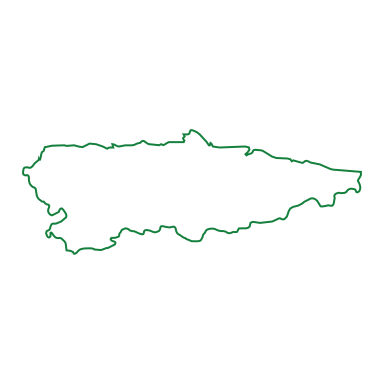 outline of Asturias
{"feature_id": "ESP-5805", "entity_name": "Asturias", "entity_type": "Autonomous Community", "adm_level": 1, "iso_a3": "ESP", "parent_name": "Spain", "parent_adm1": "", "projection": "natural_earth1", "projection_center": [-6.051, 43.278], "detail": "fine", "context": "isolated", "style": "outline", "palette": "green", "viewbox_px": 384, "rotation_deg": 0, "n_neighbors": 0, "source": "natural_earth", "source_scale": "10m", "svg_char_len": 4648}
<svg xmlns="http://www.w3.org/2000/svg" viewBox="0 0 384 384"><path d="M38.9,158.9L39.2,159.7L39.3,159.7L40.0,159.7L40.8,157.0L41.2,154.4L41.9,152.2L43.6,151.0L44.8,147.2L52.1,145.7L64.5,145.3L66.5,145.9L74.1,145.3L79.3,146.7L82.6,147.1L89.6,143.6L96.0,144.2L102.5,146.4L107.2,148.7L108.5,147.8L109.9,147.5L113.2,147.5L112.9,146.7L112.6,144.9L112.4,144.2L114.1,144.5L117.1,146.1L118.9,146.5L125.5,145.3L132.0,145.3L133.9,145.0L137.2,143.5L140.2,142.8L141.0,142.0L141.9,141.2L143.7,140.9L147.7,143.7L149.3,144.2L159.2,145.2L161.2,144.2L163.2,145.1L165.1,144.3L167.0,143.0L169.0,142.1L183.7,142.1L184.4,140.7L183.5,139.5L183.0,138.2L184.6,136.5L184.3,136.0L184.0,134.8L183.7,134.4L187.8,134.4L189.3,133.6L189.9,131.7L190.7,130.2L192.7,130.3L196.9,132.2L199.6,134.3L206.6,141.9L208.9,145.3L209.8,145.3L210.5,143.0L211.4,143.7L212.9,146.5L219.5,147.5L245.1,146.5L248.9,147.4L249.4,149.7L247.7,152.2L245.5,154.2L246.4,155.3L247.7,154.5L250.4,153.7L251.7,153.1L252.6,152.0L253.0,151.0L253.7,150.1L255.5,149.8L260.9,150.3L262.9,150.9L272.1,156.6L276.4,158.0L287.4,158.5L290.4,159.3L291.8,161.3L293.3,160.4L302.2,162.9L303.2,162.6L305.1,161.1L306.5,160.8L307.9,161.2L310.8,162.6L319.8,164.4L330.2,168.9L332.8,169.6L360.9,171.9L360.8,172.9L361.0,174.9L359.9,177.1L358.3,179.6L357.9,180.7L358.2,181.6L358.8,182.3L359.9,185.2L360.3,187.5L360.1,189.0L359.7,190.4L359.0,191.4L358.0,192.1L357.0,192.3L356.2,191.8L355.5,189.9L354.7,189.3L352.3,188.8L351.0,188.7L349.7,188.9L347.8,190.0L346.9,191.0L346.4,191.9L345.7,192.3L344.5,192.9L341.9,193.1L340.7,193.1L339.5,192.8L338.2,192.9L336.9,193.3L335.3,194.1L334.6,195.0L334.3,196.1L334.7,198.3L334.4,199.4L334.2,200.5L334.1,201.8L333.8,203.2L333.0,205.0L332.0,205.7L330.8,205.8L328.4,205.3L327.2,205.5L325.9,205.9L322.2,206.5L320.6,206.3L317.1,200.7L314.6,198.8L313.4,198.5L312.1,198.3L310.8,198.5L304.1,201.9L302.1,203.6L298.2,205.6L293.4,206.8L291.2,207.9L290.0,208.9L288.7,211.2L288.3,212.3L288.0,213.4L287.1,216.0L286.2,217.4L284.2,219.2L282.7,219.4L281.4,219.0L280.1,218.3L279.0,218.4L272.3,221.5L260.1,222.9L253.3,221.9L251.7,222.2L250.5,222.9L249.7,226.4L248.6,227.5L247.3,228.0L246.0,228.3L239.0,228.4L238.4,229.2L238.0,230.2L237.4,231.2L236.8,232.0L235.8,232.1L233.4,231.9L230.4,233.1L229.1,233.2L227.8,232.9L226.6,232.3L225.6,231.6L222.8,231.0L220.9,231.1L218.2,230.5L214.6,228.9L212.7,228.6L209.5,228.8L207.7,229.4L206.4,230.1L205.7,231.1L205.3,232.1L204.6,233.1L203.7,234.0L203.1,235.0L202.8,235.9L202.7,236.4L202.6,236.8L202.3,237.7L201.7,238.6L201.3,239.6L200.2,240.7L198.8,241.1L196.8,241.3L191.7,241.2L190.5,240.7L189.4,240.2L186.1,238.9L185.5,238.2L184.1,237.8L182.3,236.8L180.8,235.6L177.8,233.8L177.0,232.8L176.5,231.8L176.1,230.7L175.6,228.3L175.0,227.3L173.5,226.6L169.8,227.4L168.2,227.3L161.9,226.1L160.7,226.6L160.4,227.5L160.2,228.7L159.8,229.9L158.9,231.0L156.4,232.1L154.7,232.3L153.1,231.9L149.6,230.5L146.5,230.0L144.9,230.4L144.1,231.2L143.7,233.4L143.2,234.1L142.1,234.3L139.7,233.7L134.1,231.2L132.5,231.2L130.0,230.5L128.9,229.6L127.8,228.9L125.5,228.3L122.0,229.8L121.2,231.0L120.8,232.0L119.9,233.0L119.3,234.0L119.2,235.0L119.2,235.8L118.7,236.5L117.7,237.0L115.1,237.8L111.4,237.9L110.8,238.6L110.7,239.4L111.3,240.3L112.3,240.9L114.6,241.7L115.4,242.4L115.3,243.4L114.8,244.5L108.1,247.9L106.3,248.1L101.8,249.8L100.4,250.0L94.5,249.5L93.7,248.9L92.6,248.6L91.0,248.3L85.0,248.4L82.7,248.7L80.3,249.4L79.0,250.2L78.0,251.1L77.1,252.2L76.1,253.1L74.7,253.8L73.8,253.6L73.0,252.0L70.6,250.9L66.5,250.3L65.8,244.3L65.4,242.6L64.3,241.2L61.3,238.4L60.2,238.0L57.8,238.1L56.6,237.9L55.6,237.5L54.6,236.6L54.2,236.2L51.6,232.7L50.8,232.6L50.5,232.8L50.5,235.8L50.4,236.4L50.2,236.6L50.0,236.9L49.5,237.3L48.9,237.5L47.7,236.9L46.8,235.3L46.1,233.5L46.4,231.8L47.2,230.7L48.3,230.4L49.3,229.8L50.0,228.6L50.4,227.1L50.7,226.0L51.2,225.0L51.6,224.3L52.4,223.8L53.2,223.6L54.5,223.7L55.7,223.7L60.3,221.9L61.4,221.3L66.1,217.3L66.4,215.9L66.1,214.1L64.1,211.0L62.9,209.4L61.7,208.4L60.8,208.6L60.0,209.2L59.4,210.2L59.2,211.2L58.6,212.0L57.6,212.6L56.4,213.1L54.0,214.4L51.9,215.3L50.9,215.0L49.9,214.3L49.1,213.4L48.4,212.2L48.1,211.0L48.2,209.5L49.1,207.2L49.2,206.1L49.1,205.3L48.3,204.7L47.3,204.5L45.3,203.5L43.9,201.7L43.0,201.7L42.0,201.5L39.2,199.4L38.3,198.5L37.5,197.3L36.8,195.7L35.7,188.8L34.8,187.9L33.8,187.3L32.7,187.0L31.0,185.4L30.1,184.2L29.4,182.5L29.0,180.7L28.9,179.2L28.9,177.9L28.8,176.7L28.3,175.8L27.5,175.2L25.3,175.4L23.6,174.6L23.2,173.8L23.0,173.0L23.4,169.7L23.7,168.6L24.4,167.7L26.0,167.3L27.4,167.3L28.7,167.7L29.6,167.8L30.5,167.7L31.5,167.1L32.8,165.9L34.6,163.4L38.5,160.1L38.7,159.9L38.9,158.9Z" fill="none" stroke="#15803d" stroke-width="2"/></svg>